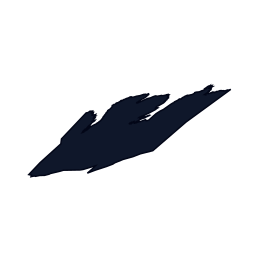 outline of Båtsfjord nor, Finnmark, Norway, rotated 336°
{"feature_id": "86288312B97693798592449", "entity_name": "Båtsfjord nor", "entity_type": "district", "adm_level": 2, "iso_a3": "NOR", "parent_name": "Norway", "parent_adm1": "Finnmark", "projection": "equal_earth", "projection_center": [30.184, 70.514], "detail": "fine", "context": "isolated", "style": "filled", "palette": "ink", "viewbox_px": 256, "rotation_deg": 336, "n_neighbors": 0, "source": "geoboundaries", "source_scale": "gbopen_adm2", "svg_char_len": 5818}
<svg xmlns="http://www.w3.org/2000/svg" viewBox="0 0 256 256"><g transform="rotate(336 128 128)"><path d="M141.4,158.8L183.6,146.1L237.6,134.5L235.0,134.3L234.8,134.2L235.0,134.1L234.3,133.7L234.6,133.7L232.1,133.6L230.7,133.3L230.5,133.2L230.7,132.9L230.3,132.7L228.9,132.2L228.4,132.0L228.5,131.8L227.3,131.3L224.8,131.1L224.3,130.9L224.5,130.9L224.1,130.9L223.6,130.6L221.6,131.0L221.0,130.5L221.8,130.2L221.4,130.2L221.6,130.1L219.9,130.1L219.2,129.8L219.3,129.8L218.9,129.8L219.1,129.6L218.5,129.6L215.3,129.4L213.8,128.3L212.6,128.7L212.9,128.8L212.6,129.4L212.2,129.2L212.4,128.9L212.2,128.8L212.2,128.6L211.9,128.5L213.1,128.2L215.7,128.1L215.8,127.8L217.2,127.6L217.3,127.5L216.3,127.4L216.3,127.2L219.4,126.7L219.6,126.3L219.4,126.3L219.6,126.2L219.4,126.0L219.8,125.7L219.5,125.7L219.2,125.3L219.3,125.2L218.9,124.9L217.9,124.5L218.0,124.3L218.6,124.2L220.9,124.2L220.6,124.3L221.2,124.6L222.1,124.5L221.7,124.3L221.9,124.3L221.7,124.2L221.3,124.2L221.5,124.1L221.3,123.8L221.5,123.8L221.3,123.7L221.6,123.5L220.8,123.5L220.8,123.4L220.5,123.4L220.4,123.2L220.6,123.1L220.3,123.0L220.6,123.0L219.9,122.9L220.1,122.7L219.6,122.8L219.8,122.7L219.0,122.5L217.2,122.6L216.6,122.9L214.6,123.2L215.4,123.8L215.2,123.9L211.6,124.2L210.8,124.1L210.7,124.0L207.1,124.0L205.6,123.5L205.5,123.4L205.8,123.3L205.5,123.2L205.2,123.1L205.5,123.1L204.3,123.0L204.6,122.9L203.3,122.8L203.1,123.0L203.5,123.0L203.1,123.0L203.3,123.1L203.0,123.3L201.2,123.5L199.4,123.4L198.0,123.0L196.9,123.1L195.4,122.8L195.3,122.6L195.9,122.4L195.5,122.2L193.4,122.2L193.5,122.3L192.6,122.5L189.9,122.4L188.4,123.2L187.3,122.9L187.3,122.7L187.5,122.6L187.4,122.5L185.5,122.5L185.8,122.5L185.0,122.9L181.4,123.0L180.8,123.1L180.7,123.4L180.5,123.5L179.6,123.6L179.2,123.4L176.9,123.7L167.8,125.5L164.4,125.6L159.6,126.3L150.3,129.2L149.0,129.2L147.8,128.8L147.3,128.4L147.6,128.1L147.4,127.6L146.4,127.4L141.9,127.2L141.0,126.8L136.3,126.5L135.8,126.3L135.7,125.7L134.4,125.1L133.2,125.2L132.7,125.5L132.0,125.2L132.3,125.0L132.2,125.0L132.6,125.0L132.3,124.7L130.3,124.7L132.0,124.2L134.4,124.2L134.2,124.3L135.2,124.4L135.0,124.5L135.3,124.6L135.5,125.0L138.1,125.7L139.8,125.4L141.8,125.3L142.4,125.1L145.7,125.2L147.4,125.6L148.7,125.3L151.8,125.3L152.1,125.3L151.8,125.1L152.0,125.0L151.3,124.9L148.6,124.7L148.3,124.4L147.0,124.3L144.9,124.3L143.1,123.9L143.4,123.5L142.3,123.0L142.8,122.9L142.5,122.9L142.3,122.8L152.7,122.9L160.9,122.3L161.1,122.0L162.7,121.8L162.2,121.6L162.6,121.4L161.5,121.2L161.2,120.9L162.2,120.6L162.1,120.4L163.3,119.9L165.6,120.0L170.7,119.5L172.1,119.0L171.9,118.9L172.4,118.9L171.8,118.6L172.2,118.3L175.4,117.9L174.9,117.8L175.3,117.7L175.0,117.7L176.2,117.2L176.4,117.1L176.2,117.0L176.9,117.0L176.7,116.9L177.1,116.9L177.1,116.7L177.3,116.7L177.1,116.6L177.3,116.5L177.0,116.5L177.2,116.4L177.0,116.2L176.8,116.0L177.1,115.9L176.9,115.8L177.3,115.4L176.9,115.3L177.0,115.1L178.2,114.8L178.8,114.5L178.5,114.4L178.9,114.3L178.4,114.3L178.7,114.2L178.6,113.8L177.9,113.7L178.0,113.6L176.4,113.2L175.3,113.4L175.0,113.1L173.9,112.9L172.2,112.3L171.7,111.8L170.4,111.6L167.3,110.8L166.8,110.2L166.0,109.8L163.3,109.6L160.8,109.6L157.6,109.0L148.5,109.1L146.3,108.9L146.1,108.5L146.3,108.3L149.8,107.8L151.8,107.3L154.3,107.3L157.8,106.7L158.5,106.3L159.9,106.0L159.7,105.8L159.8,105.6L161.3,105.1L159.1,105.0L157.7,104.6L157.6,104.2L156.7,104.1L156.8,104.0L156.1,103.7L152.0,103.3L148.6,102.4L146.6,102.2L145.0,101.9L144.2,101.6L144.4,101.5L143.6,100.8L142.4,100.5L140.8,100.7L139.2,100.6L139.3,100.5L138.5,100.4L136.5,100.5L135.7,100.3L135.2,100.6L132.7,100.1L131.9,100.4L132.2,100.6L130.7,100.6L129.2,100.8L127.9,100.5L127.0,100.6L126.9,100.7L127.1,100.9L125.9,101.1L125.0,101.0L124.7,100.8L124.3,100.8L124.5,100.9L124.3,101.0L122.8,101.0L122.7,101.2L122.9,101.2L122.2,101.4L122.7,101.5L122.7,101.8L122.0,102.1L121.9,102.4L118.7,103.6L117.7,103.6L116.5,103.9L116.4,104.1L116.6,104.2L115.6,104.6L115.1,105.2L114.1,105.3L113.9,105.7L111.1,107.1L111.3,107.1L111.1,107.2L111.1,107.4L109.6,107.9L109.2,108.5L105.9,110.2L104.2,110.5L102.9,111.0L101.8,110.9L101.7,111.0L101.9,111.1L101.4,111.3L97.7,111.4L94.0,111.8L89.3,113.2L86.5,113.2L85.9,113.3L86.0,113.5L85.8,113.6L86.0,113.7L85.8,113.8L84.5,113.6L85.3,113.2L85.6,113.3L85.4,113.2L86.3,113.2L85.9,113.0L85.9,112.8L87.8,112.5L88.0,112.3L87.3,112.3L87.6,112.2L87.0,112.1L87.8,111.8L87.5,111.7L89.1,111.6L88.5,111.9L89.3,112.2L89.9,112.2L90.3,112.0L90.4,111.7L90.2,111.6L91.9,111.4L92.3,111.0L92.8,110.9L90.2,111.4L90.5,111.0L92.1,110.8L91.3,110.8L91.8,110.4L93.6,110.8L94.1,110.4L93.8,110.4L94.1,110.2L93.7,110.0L94.2,109.9L94.3,109.7L94.2,109.6L94.5,109.5L95.7,109.3L97.1,108.5L100.4,107.9L100.9,107.6L98.3,107.5L98.0,107.3L99.5,106.8L99.8,106.3L100.5,105.9L101.6,105.7L101.3,105.7L101.6,105.5L101.3,105.5L101.5,105.3L100.8,105.1L101.6,104.7L101.3,104.5L101.7,104.2L102.8,103.9L102.1,103.7L102.6,103.5L102.7,103.1L103.5,102.8L103.9,102.5L102.8,102.4L101.2,101.9L101.5,101.8L101.0,101.5L101.7,101.1L101.8,101.0L101.6,100.8L101.9,100.8L101.6,100.8L101.9,100.7L101.6,100.7L101.9,100.6L101.7,100.6L102.1,100.2L101.6,100.1L101.9,99.9L101.6,99.8L101.9,99.8L101.7,99.6L101.9,99.6L101.7,99.6L102.1,99.4L101.5,99.3L101.7,99.2L101.4,99.2L101.6,99.1L101.7,98.9L101.4,98.9L101.8,98.8L101.7,98.7L102.0,98.6L102.3,98.3L102.1,98.3L102.4,98.2L102.1,98.2L102.7,97.9L102.1,98.0L101.8,97.8L102.0,97.8L101.5,97.9L100.5,97.7L100.1,97.5L100.6,97.3L100.1,97.3L100.1,97.2L98.1,97.6L96.5,97.5L96.4,97.3L95.9,97.2L62.8,110.9L60.2,115.2L33.6,123.9L18.4,130.2L20.7,131.9L19.6,133.0L22.8,133.7L23.8,134.5L28.2,135.5L32.4,137.3L37.1,138.1L38.6,138.0L48.1,139.8L51.8,140.3L67.1,146.8L70.0,147.6L83.0,149.3L80.3,150.4L72.5,152.7L81.1,153.2L92.5,154.4L99.5,154.8L101.7,154.4L110.7,154.7L120.8,156.2L128.8,156.6L141.4,158.8Z" fill="#0f172a" stroke="#020617" stroke-width="1.5"/></g></svg>